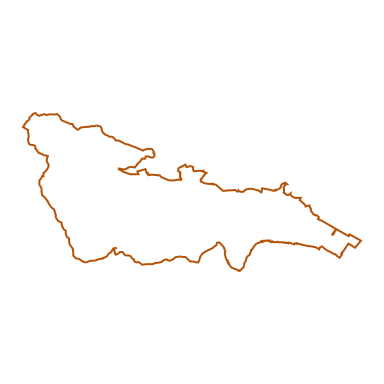 outline of Cracaoani, Neamt, Romania
{"feature_id": "2599482B97908448489139", "entity_name": "Cracaoani", "entity_type": "district", "adm_level": 2, "iso_a3": "ROU", "parent_name": "Romania", "parent_adm1": "Neamt", "projection": "robinson", "projection_center": [26.231, 47.104], "detail": "fine", "context": "isolated", "style": "outline", "palette": "amber", "viewbox_px": 384, "rotation_deg": 0, "n_neighbors": 0, "source": "geoboundaries", "source_scale": "gbopen_adm2", "svg_char_len": 6000}
<svg xmlns="http://www.w3.org/2000/svg" viewBox="0 0 384 384"><path d="M84.4,262.2L86.8,262.2L89.7,260.9L95.7,260.5L98.5,259.2L101.7,258.7L102.1,258.2L103.1,258.5L104.1,257.6L105.6,257.1L107.1,256.0L108.5,253.9L111.0,252.2L113.1,248.6L115.7,247.9L115.9,248.1L114.1,249.0L113.7,250.1L114.8,251.8L114.7,252.9L115.8,254.7L118.0,253.7L120.0,252.0L122.4,252.0L123.8,253.5L124.7,254.9L125.3,255.3L128.9,255.5L130.6,256.1L132.0,258.3L134.1,259.6L134.1,261.0L135.4,262.0L137.2,262.4L138.5,262.0L142.2,264.7L147.4,264.1L150.9,264.2L153.5,263.9L155.4,262.9L157.9,262.9L159.4,262.4L161.8,262.0L162.7,260.7L164.8,259.7L166.9,259.5L168.1,260.5L169.8,260.7L173.3,259.2L174.3,258.1L175.7,257.2L179.8,256.5L181.5,256.8L185.6,257.1L190.2,261.5L194.2,261.6L195.7,262.3L198.3,262.4L199.5,259.3L200.1,257.1L202.0,254.0L203.9,252.5L205.8,251.4L212.9,247.9L214.0,246.7L216.3,245.3L217.0,242.7L218.3,242.4L220.2,243.1L223.9,247.4L224.6,249.9L225.4,251.6L224.7,253.5L225.7,257.5L226.7,260.0L227.9,260.7L227.3,261.9L227.7,262.5L228.9,263.1L228.4,263.8L229.7,265.2L231.1,267.2L234.5,268.9L238.5,270.1L238.9,270.4L238.7,270.7L239.7,271.0L243.4,267.4L244.2,264.3L244.1,263.6L245.7,261.1L246.8,257.1L248.7,255.4L249.6,254.9L249.6,254.4L250.1,253.1L250.7,252.7L250.6,251.5L251.2,250.8L251.0,250.1L251.2,249.8L251.7,249.9L253.0,248.1L253.9,246.4L256.0,244.1L258.1,242.9L259.0,242.9L260.3,242.0L260.8,242.0L260.7,241.5L262.4,240.9L262.7,240.9L262.4,241.8L262.5,242.0L262.9,241.8L263.4,240.9L264.1,241.2L264.3,240.9L265.9,240.5L266.5,240.8L267.6,240.6L268.0,240.8L268.4,240.4L269.1,240.5L268.9,240.7L269.3,240.8L270.2,241.9L270.8,241.5L271.8,242.2L272.4,242.1L272.5,241.5L272.9,241.8L274.6,242.2L276.7,242.1L277.9,241.7L279.1,242.4L282.1,242.1L283.7,242.8L284.7,242.3L285.7,243.0L286.3,242.7L287.1,243.0L288.0,242.9L288.4,243.3L289.3,242.5L290.6,243.2L294.3,244.4L295.0,243.3L296.6,244.0L297.1,243.2L299.2,244.0L306.5,245.8L312.0,246.5L315.6,247.3L317.1,247.9L319.2,249.4L320.1,247.2L322.1,246.4L323.9,248.1L327.3,250.5L328.6,251.2L329.8,251.5L331.3,252.6L334.3,254.1L335.6,254.3L336.9,255.9L339.7,257.8L342.1,254.3L341.3,253.7L342.1,252.3L342.5,252.4L348.4,243.6L355.0,247.7L361.0,240.7L349.5,234.3L349.1,234.6L349.1,235.9L348.9,236.1L348.4,236.0L336.4,229.2L333.6,233.0L334.1,233.2L332.9,234.8L332.5,234.7L332.9,234.0L332.6,233.8L336.1,229.1L321.8,220.7L318.0,219.2L318.9,217.2L316.7,215.2L315.0,215.3L313.4,214.2L310.7,210.4L310.9,208.6L310.0,207.5L309.6,206.3L309.7,205.8L309.4,205.4L305.5,206.4L305.5,205.5L304.7,204.5L299.7,200.1L300.8,197.8L298.3,197.8L296.5,198.1L295.3,197.9L293.2,197.1L290.5,195.1L290.3,194.3L290.5,193.5L288.7,194.8L287.7,195.0L286.4,194.7L285.7,193.9L283.6,192.7L284.2,191.2L284.0,191.4L284.0,188.7L283.6,186.8L284.5,186.1L285.4,184.6L287.1,184.2L285.5,182.8L284.5,183.5L283.8,183.1L281.6,184.5L281.2,185.6L280.7,185.9L280.7,187.4L280.1,188.1L278.1,189.4L276.8,189.6L276.0,190.4L275.1,189.8L274.6,190.8L272.6,190.6L270.0,189.8L262.7,188.4L262.0,188.4L261.9,190.5L261.3,192.4L258.2,190.3L256.4,190.1L254.8,189.4L250.8,188.7L246.5,189.3L245.7,189.9L244.8,190.2L243.9,191.4L243.2,191.8L241.3,191.7L240.9,191.9L239.1,191.3L238.8,190.9L238.8,191.2L237.9,191.1L237.0,191.6L236.6,191.0L235.7,190.2L234.9,190.0L230.2,190.4L228.4,190.2L228.2,190.5L222.9,190.9L218.7,187.0L215.6,184.6L213.4,184.3L213.0,183.9L212.6,184.3L211.9,183.7L211.6,184.1L205.4,183.5L200.7,181.5L200.7,180.0L201.3,179.5L201.0,179.0L202.3,177.8L203.1,176.5L206.4,172.9L203.6,172.0L203.4,170.6L202.0,171.1L200.6,170.8L193.8,171.2L193.3,170.3L193.0,166.9L190.4,166.1L186.6,167.1L185.4,164.6L182.2,166.5L182.0,166.3L178.7,168.1L178.4,168.5L178.1,170.4L178.2,171.1L180.1,171.9L179.9,172.8L180.4,173.6L179.8,174.0L180.0,175.7L180.2,175.8L180.0,176.1L180.2,176.6L180.0,176.8L180.2,177.0L180.1,177.4L180.7,177.8L180.6,178.6L181.4,179.3L181.3,179.8L181.9,180.0L178.3,179.6L173.0,180.5L168.8,180.3L161.2,177.0L159.8,175.4L151.8,174.7L148.5,175.2L148.2,174.8L148.6,174.2L148.1,173.6L147.9,173.0L146.7,173.2L145.5,169.1L137.4,171.5L138.4,174.2L129.9,174.3L128.7,173.5L127.3,173.3L123.2,171.8L122.3,171.0L118.8,169.3L119.0,168.5L123.5,169.5L125.9,169.0L128.1,167.6L129.4,167.1L132.2,167.0L134.8,167.5L135.6,166.6L135.6,166.3L137.1,164.9L137.2,164.0L140.3,161.3L141.1,160.3L141.4,159.3L142.7,158.5L144.0,158.8L145.3,158.6L145.4,157.0L146.0,156.4L147.4,156.2L151.3,157.5L153.0,157.5L154.3,156.1L154.6,154.5L154.3,154.1L154.5,153.7L154.3,153.4L153.4,153.0L153.8,151.6L152.3,149.5L151.5,148.9L149.6,149.0L147.9,148.8L144.1,149.8L143.0,150.6L142.5,150.5L141.8,150.0L135.7,147.4L133.3,146.6L127.9,144.4L126.7,144.3L123.8,143.3L122.3,142.3L118.7,140.6L115.8,140.5L114.1,138.3L112.4,136.8L109.1,136.6L107.9,135.7L105.1,134.6L103.7,133.1L103.1,132.9L102.3,131.5L101.6,129.5L101.7,128.9L100.7,126.6L97.0,125.6L95.9,125.7L93.8,126.3L92.0,126.0L90.3,126.6L82.5,127.2L80.6,127.7L78.6,129.5L77.5,129.6L73.3,126.4L73.1,124.8L72.7,124.2L70.3,123.9L62.2,120.6L60.8,119.1L60.0,116.9L59.0,115.7L56.8,114.0L55.5,114.5L50.3,114.3L46.4,115.0L44.2,114.1L39.0,115.8L37.1,114.8L35.5,113.0L33.3,113.8L32.3,114.5L32.1,115.3L29.3,117.7L29.5,118.9L28.4,120.4L26.5,121.5L26.5,122.1L24.5,124.3L24.5,125.2L23.0,127.0L28.1,130.1L28.0,131.4L28.8,136.3L28.1,139.0L28.3,139.9L28.1,140.5L28.2,141.7L29.2,144.0L30.6,144.8L34.4,145.3L35.4,146.6L35.3,148.7L37.1,150.3L37.7,151.6L38.9,153.1L40.2,153.3L44.3,155.3L47.6,155.8L47.9,156.1L47.1,158.2L46.6,160.5L47.3,162.4L48.7,165.0L48.4,166.9L46.6,170.0L45.5,171.1L45.0,172.0L43.5,173.0L43.5,174.4L43.2,175.5L43.4,176.1L42.2,176.0L41.4,178.0L39.7,180.0L39.4,180.7L39.3,184.3L39.7,185.4L41.3,187.7L41.6,189.5L41.5,191.3L42.2,195.2L45.3,198.1L47.8,201.4L48.5,203.3L51.5,207.6L53.3,208.8L54.4,210.0L54.5,211.1L54.9,211.8L55.4,214.0L55.9,214.9L55.6,216.4L56.2,218.1L56.6,218.4L58.0,220.9L61.5,222.6L61.7,225.2L63.6,229.1L65.8,230.9L65.7,233.0L66.5,236.1L67.2,237.2L68.9,238.4L69.1,238.9L69.2,242.8L69.9,244.7L72.8,248.7L73.3,253.0L73.3,255.7L74.5,256.7L75.7,258.3L78.8,258.8L83.1,261.7L84.4,262.2Z" fill="none" stroke="#b45309" stroke-width="2"/></svg>